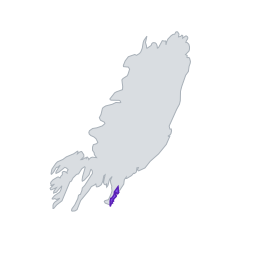 location of Grindavíkurbær, Suðurnes, Iceland, rotated 305°
{"feature_id": "244011B76002453234506", "entity_name": "Grindavíkurbær", "entity_type": "district", "adm_level": 2, "iso_a3": "ISL", "parent_name": "Iceland", "parent_adm1": "Suðurnes", "projection": "robinson", "projection_center": [-22.33, 63.889], "detail": "fine", "context": "in_parent", "style": "filled", "palette": "violet", "viewbox_px": 256, "rotation_deg": 305, "n_neighbors": 0, "source": "geoboundaries", "source_scale": "gbopen_adm2", "svg_char_len": 4898}
<svg xmlns="http://www.w3.org/2000/svg" viewBox="0 0 256 256"><g transform="rotate(305 128 128)"><path d="M195.7,94.7L197.9,94.8L201.6,93.9L206.8,91.4L209.0,90.8L214.1,90.8L208.0,93.3L205.9,96.0L204.2,97.4L204.3,97.9L208.8,99.6L210.9,99.1L211.8,99.3L212.7,100.1L213.4,101.6L213.1,103.2L211.9,104.8L210.3,106.2L210.6,106.6L212.0,106.8L219.2,106.0L220.1,108.0L220.8,108.6L220.6,109.3L217.9,111.4L221.2,110.1L223.9,109.7L228.5,110.4L230.5,111.2L231.7,112.5L233.9,112.1L235.0,112.9L235.1,113.7L234.2,115.9L231.6,117.1L233.3,118.7L234.7,118.7L235.0,119.1L234.9,120.1L232.9,121.2L236.5,122.5L236.9,123.0L236.8,124.4L236.3,125.2L235.3,125.7L232.8,125.8L231.3,126.3L231.9,127.3L231.5,129.8L229.7,131.9L227.9,133.1L226.1,133.8L221.1,133.0L221.4,134.8L219.6,135.9L220.0,136.8L220.7,137.3L220.4,138.5L218.3,141.0L216.7,141.8L213.5,142.7L209.0,145.0L204.2,145.0L192.8,148.2L188.3,149.9L180.3,155.2L176.9,156.5L171.0,157.2L153.2,160.6L151.3,162.7L151.2,163.1L152.0,163.9L150.7,165.3L148.0,166.4L146.8,166.4L144.5,165.5L144.3,165.9L145.2,167.0L136.5,168.8L124.3,167.9L113.5,165.3L105.0,164.8L99.0,161.3L98.8,160.7L99.4,159.7L101.6,159.2L100.5,158.1L96.9,160.0L95.8,159.9L94.2,159.2L94.1,158.5L91.1,158.2L85.9,155.9L85.5,155.4L86.7,154.7L83.6,154.6L79.6,156.7L55.2,157.5L54.4,156.4L53.4,152.4L54.2,150.7L55.3,150.8L58.1,153.1L64.6,151.9L67.3,151.0L69.7,148.8L71.1,148.1L73.1,145.3L75.1,143.6L79.2,142.8L75.5,142.3L69.4,144.5L67.3,144.5L68.3,143.5L70.4,142.4L68.9,142.4L68.4,141.9L68.3,140.8L69.4,139.1L76.6,136.1L74.9,135.6L69.9,137.9L66.2,138.6L63.3,137.6L61.8,136.2L61.9,135.6L63.7,133.8L63.4,133.5L62.2,133.3L59.0,131.6L53.9,131.8L41.4,130.8L31.9,133.1L29.6,132.1L27.8,129.8L28.2,128.9L29.8,128.4L34.4,128.5L41.3,127.4L44.4,126.1L45.6,126.4L46.2,127.1L50.3,126.1L52.6,125.0L56.3,125.5L70.5,124.9L72.3,123.4L73.0,121.7L72.7,121.3L67.5,122.9L66.3,122.9L60.3,122.1L58.2,121.1L58.9,120.3L62.1,118.7L70.2,115.9L71.3,115.4L71.4,114.7L68.2,113.5L62.1,113.8L60.5,112.5L55.5,111.6L52.1,112.1L50.4,111.3L30.5,115.7L24.1,113.7L19.5,113.3L19.1,112.7L21.8,110.8L23.6,110.4L25.5,110.6L29.0,111.9L31.4,112.4L28.4,110.4L28.2,108.5L27.3,108.0L26.4,106.7L26.8,106.3L30.4,106.6L36.2,108.8L39.1,108.4L42.8,107.0L34.5,106.2L32.0,104.4L33.8,103.5L38.1,103.6L33.3,100.6L33.1,100.1L33.9,98.8L39.9,99.9L36.8,98.2L36.7,97.8L37.6,97.5L38.1,96.4L39.6,95.9L42.6,96.3L47.3,98.4L47.9,98.9L48.1,101.0L49.9,100.7L52.1,101.0L54.0,99.6L55.2,99.9L56.2,101.2L56.1,104.0L57.3,103.0L59.5,102.9L59.9,100.6L59.5,98.8L52.3,96.7L49.5,95.1L49.9,94.6L51.2,94.1L58.7,93.8L55.5,92.9L54.7,91.9L49.1,92.3L46.2,91.9L46.2,91.4L47.3,90.7L50.7,89.3L57.2,89.2L59.8,89.6L64.9,92.7L68.9,94.0L75.7,98.3L80.0,99.9L80.2,100.3L79.5,100.8L77.8,101.4L80.4,102.1L82.0,103.2L82.1,103.7L80.7,107.2L79.1,108.3L75.1,107.6L76.0,108.7L78.9,109.9L79.5,110.6L79.1,111.2L80.5,111.0L80.9,111.4L80.3,113.3L79.6,114.0L82.0,114.4L83.6,115.4L85.7,119.3L86.7,116.3L87.3,115.2L88.2,114.8L89.4,111.7L92.0,109.9L94.5,109.2L97.2,111.3L99.0,111.5L100.9,107.8L101.1,105.0L100.5,101.9L100.8,99.7L102.0,98.4L103.7,98.0L107.3,99.3L110.3,102.4L114.9,105.7L118.1,106.5L118.6,106.4L119.2,105.3L118.6,101.0L120.0,98.6L123.7,98.1L129.2,95.9L130.5,95.9L133.3,97.1L138.4,101.5L142.0,103.5L144.0,106.8L144.8,107.4L145.6,106.4L145.6,104.9L141.1,98.2L141.0,97.3L141.4,96.5L149.1,96.9L150.9,97.7L156.3,101.5L158.9,99.9L163.9,95.4L165.7,95.5L170.2,97.4L172.0,97.2L177.1,95.6L178.1,93.4L175.7,89.1L176.6,88.3L181.4,87.2L186.6,87.4L192.1,91.4L192.4,93.3L195.7,94.7Z" fill="#d9dde1" stroke="#a8b0b8" stroke-width="1"/><path d="M69.6,153.5L67.9,153.5L66.3,154.4L66.1,154.7L63.0,155.0L62.0,154.8L61.0,155.0L60.4,154.2L57.8,155.4L55.1,157.3L54.1,158.0L54.2,158.3L54.2,158.2L54.2,158.3L54.3,158.3L54.5,158.2L54.8,158.1L55.0,158.0L55.2,157.9L55.3,157.9L55.5,157.8L55.6,157.7L55.8,157.7L56.0,157.7L56.1,157.8L56.4,157.8L56.5,157.9L56.8,157.9L56.9,158.0L57.1,158.0L57.3,158.0L57.5,158.0L57.6,157.9L57.8,157.9L57.9,157.7L58.0,157.7L58.0,157.8L58.1,157.7L58.3,157.5L58.5,157.5L58.8,157.6L59.0,157.6L59.1,157.4L59.1,157.5L59.1,157.4L59.2,157.5L59.2,157.4L59.2,157.5L59.3,157.5L59.3,157.4L59.5,157.4L59.7,157.2L59.8,157.2L60.0,157.2L59.9,157.2L60.0,157.2L59.9,157.3L59.9,157.2L59.9,157.3L60.0,157.5L60.3,157.6L60.5,157.5L60.4,157.4L60.4,157.2L60.5,157.2L60.8,157.2L61.0,157.0L61.0,156.9L61.3,156.9L61.5,156.8L61.8,156.8L62.0,156.9L62.2,157.0L62.3,157.0L62.5,157.1L62.8,157.1L63.0,157.1L63.3,157.2L63.5,157.2L63.5,157.3L63.8,157.4L64.0,157.4L64.3,157.4L64.5,157.4L64.7,157.5L64.9,157.5L65.1,157.5L65.1,157.4L65.3,157.4L65.5,157.4L65.8,157.3L65.8,156.7L66.0,156.4L66.5,156.2L66.8,155.9L66.7,155.8L67.0,155.6L66.9,155.6L66.9,155.4L67.1,155.3L67.2,155.2L67.5,155.1L67.8,155.3L67.9,155.2L67.9,155.3L68.0,155.3L68.2,155.5L68.3,155.5L68.3,157.3L68.6,157.3L68.9,157.4L69.0,157.4L69.3,157.3L69.5,157.3L69.8,157.3L70.0,157.3L70.1,156.7L73.8,153.9L74.2,153.5L69.6,153.5Z" fill="#8b5cf6" stroke="#5b21b6" stroke-width="1.5"/></g></svg>